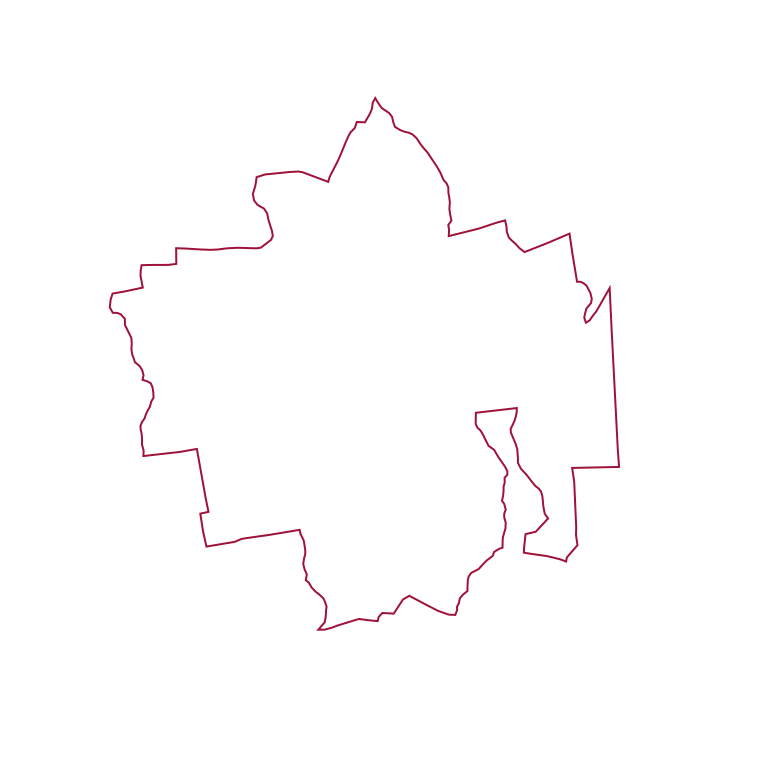 outline of Kiambu, Central, Kenya, rotated 238°
{"feature_id": "3690345B45864022138182", "entity_name": "Kiambu", "entity_type": "district", "adm_level": 2, "iso_a3": "KEN", "parent_name": "Kenya", "parent_adm1": "Central", "projection": "orthographic", "projection_center": [36.843, -1.158], "detail": "fine", "context": "isolated", "style": "outline", "palette": "rose", "viewbox_px": 768, "rotation_deg": 238, "n_neighbors": 0, "source": "geoboundaries", "source_scale": "gbopen_adm2", "svg_char_len": 3766}
<svg xmlns="http://www.w3.org/2000/svg" viewBox="0 0 768 768"><g transform="rotate(238 384 384)"><path d="M210.4,198.1L207.2,203.4L205.1,210.2L203.6,217.4L198.1,238.1L192.6,244.8L186.3,252.9L189.3,256.1L190.7,261.3L184.1,270.6L191.2,285.9L191.0,293.2L184.9,296.7L174.6,302.7L163.1,309.5L154.1,316.7L150.4,322.1L153.5,326.2L156.4,327.9L158.6,331.6L161.9,334.5L163.5,339.1L164.2,345.0L168.7,348.0L172.8,350.8L175.8,353.7L177.6,357.8L176.9,366.2L178.4,371.5L179.9,377.4L180.6,385.1L183.2,388.3L183.2,394.3L182.4,397.8L186.8,400.6L190.8,403.4L193.9,406.8L197.2,410.5L202.0,413.8L206.9,415.2L210.1,417.0L213.0,420.7L218.7,422.4L222.5,422.2L225.9,425.6L229.9,428.7L233.3,430.8L236.4,434.1L240.6,436.6L241.7,440.5L244.7,442.4L249.1,442.8L254.8,442.6L259.8,442.3L263.7,442.3L269.8,442.5L276.2,439.9L281.9,440.4L288.3,441.1L293.3,441.2L297.3,440.1L301.6,440.6L306.2,443.6L310.9,446.7L293.2,483.9L290.2,481.9L286.5,478.5L283.6,475.1L281.4,471.8L278.8,467.6L275.7,465.9L270.8,465.1L264.0,464.0L258.1,462.5L253.1,459.8L250.0,458.2L246.1,455.8L239.7,455.2L231.2,456.8L222.7,457.6L217.4,458.3L213.2,459.8L209.6,460.2L204.9,458.8L200.3,456.6L196.1,454.4L188.9,451.6L183.0,451.9L178.3,434.4L181.7,424.5L171.5,416.5L166.9,413.2L162.8,417.8L154.8,427.3L152.4,430.2L147.6,435.1L141.5,440.9L136.9,444.3L140.0,447.1L144.8,462.7L154.0,466.7L157.4,468.9L160.3,470.9L172.9,478.0L200.3,493.5L213.1,499.1L189.1,539.4L204.1,547.3L307.6,604.8L345.8,626.2L333.2,602.8L330.9,596.5L329.0,592.2L329.0,587.7L334.0,588.9L336.7,591.3L340.7,595.6L343.0,602.6L346.1,605.3L351.6,607.2L356.3,607.6L359.9,607.9L363.3,606.8L366.5,604.9L368.4,601.9L395.7,613.3L413.2,621.0L414.0,616.1L416.8,598.0L421.4,573.1L427.4,570.9L433.1,569.8L438.0,568.4L442.1,567.5L447.9,568.8L452.9,571.4L458.6,573.4L461.3,564.4L465.6,546.6L475.1,517.3L480.6,521.1L484.7,522.7L486.9,527.8L491.8,529.6L497.8,532.2L503.3,536.2L507.9,538.3L512.1,540.0L516.8,542.8L521.3,543.4L525.3,542.6L533.5,543.8L541.8,544.1L548.6,543.8L556.9,543.6L563.7,542.5L569.0,542.0L575.1,541.9L580.4,540.5L584.1,538.1L586.8,535.3L590.8,532.3L596.1,529.6L600.8,530.5L606.3,532.4L610.9,532.0L614.3,530.5L619.0,528.4L623.8,528.0L627.4,528.0L631.1,528.1L628.7,523.7L624.0,519.8L620.9,515.7L616.0,506.5L620.6,499.8L616.6,494.9L615.1,488.9L612.9,484.9L609.2,479.5L600.4,467.2L596.6,461.4L594.4,457.6L592.0,453.7L590.1,450.3L588.0,447.2L585.0,443.8L606.7,427.2L609.6,423.9L613.7,416.5L624.7,394.2L626.9,385.6L622.6,382.0L619.7,379.3L614.7,373.5L608.5,371.1L603.2,371.6L599.7,373.3L596.4,375.2L590.4,375.3L585.4,373.3L578.1,371.3L573.1,370.1L568.4,368.1L566.1,364.6L564.9,351.8L566.2,348.6L568.3,345.2L573.5,337.5L577.4,331.5L581.4,324.4L583.3,320.5L586.1,314.4L589.8,307.8L592.6,303.7L594.9,300.3L600.6,292.3L603.4,288.4L609.3,279.7L595.9,271.5L599.2,264.4L609.7,247.4L613.2,241.4L609.5,238.1L604.9,234.9L593.6,230.5L600.4,211.8L602.8,206.0L604.5,201.7L600.5,197.0L594.4,192.1L588.1,191.7L585.8,195.3L582.6,197.7L576.7,198.8L571.3,195.6L557.1,194.2L552.3,191.7L546.8,187.9L542.0,186.0L538.1,185.3L534.6,184.3L528.6,186.3L524.0,186.3L518.8,184.7L515.5,181.4L511.8,184.6L508.2,186.6L503.8,185.9L499.1,183.9L494.5,181.3L492.4,177.2L488.7,173.4L486.9,169.9L484.5,166.1L481.7,162.7L479.9,158.5L477.7,155.4L474.5,153.6L471.2,152.5L467.9,150.9L464.9,149.3L461.0,146.7L455.0,144.9L450.4,141.8L438.5,166.7L434.6,174.8L428.1,190.9L382.2,172.5L368.6,167.4L371.4,159.5L354.5,152.3L340.2,147.3L329.2,173.9L328.1,181.0L326.6,184.8L316.6,207.3L305.0,235.2L301.7,233.9L293.5,232.9L288.3,230.7L284.5,229.0L281.2,226.9L278.4,223.7L274.1,220.1L268.7,218.4L263.5,217.7L259.1,213.7L255.3,215.0L249.6,214.8L244.2,215.9L240.3,217.4L234.4,219.0L229.9,218.4L225.6,217.3L222.6,214.8L217.7,211.4L213.3,207.4L211.9,202.6L210.4,198.1Z" fill="none" stroke="#9f1239" stroke-width="2"/></g></svg>